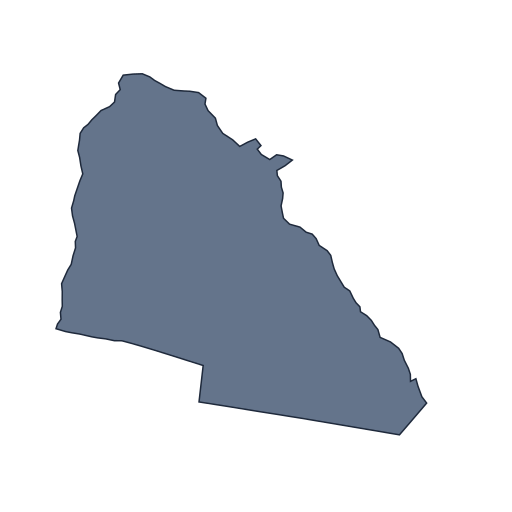 outline of Içara, Santa Catarina, Brazil, rotated 282°
{"feature_id": "56859067B6468412631318", "entity_name": "Içara", "entity_type": "district", "adm_level": 2, "iso_a3": "BRA", "parent_name": "Brazil", "parent_adm1": "Santa Catarina", "projection": "natural_earth1", "projection_center": [-49.261, -28.768], "detail": "fine", "context": "isolated", "style": "filled", "palette": "slate", "viewbox_px": 512, "rotation_deg": 282, "n_neighbors": 0, "source": "geoboundaries", "source_scale": "gbopen_adm2", "svg_char_len": 1724}
<svg xmlns="http://www.w3.org/2000/svg" viewBox="0 0 512 512"><g transform="rotate(282 256 256)"><path d="M147.6,453.5L152.8,447.5L162.5,441.4L169.2,437.9L165.5,433.2L172.3,431.6L177.8,428.4L184.9,422.7L191.0,419.2L195.4,414.7L199.9,405.4L202.2,394.3L209.4,390.5L212.8,386.3L217.0,382.2L220.6,376.8L223.2,369.8L227.9,368.2L231.1,363.5L234.9,359.9L241.3,355.0L243.8,348.8L253.7,339.5L259.7,335.1L265.6,332.0L272.1,329.0L276.0,324.5L279.5,315.6L285.5,311.2L289.1,306.4L289.7,300.1L293.4,293.0L294.1,282.2L298.6,275.1L303.3,273.0L310.2,270.1L317.7,270.1L323.3,269.4L328.6,266.5L334.3,264.9L339.0,260.2L344.0,258.6L350.4,265.7L357.4,271.6L359.6,262.1L359.3,255.1L353.2,249.4L356.4,240.1L360.8,235.0L365.0,237.9L370.5,231.3L365.6,224.2L359.8,217.3L364.8,209.0L369.0,198.0L375.6,191.1L382.4,187.6L388.2,178.9L394.0,174.5L399.9,174.2L403.9,165.9L403.4,157.1L402.4,151.0L401.1,141.4L402.9,132.1L404.9,126.1L406.6,120.4L409.1,114.9L410.6,106.9L408.4,98.0L405.3,88.5L396.6,85.6L390.5,88.6L384.8,85.1L377.2,85.6L371.7,81.8L366.1,74.2L359.6,70.1L355.1,67.1L349.9,64.4L345.6,60.8L339.4,58.5L332.5,59.3L327.5,59.5L322.1,59.8L315.7,63.0L307.8,66.0L300.3,69.5L292.9,68.1L277.3,66.2L272.3,66.2L264.5,65.6L257.1,68.2L250.3,71.7L237.9,77.0L232.7,76.2L226.4,77.8L218.2,77.0L209.4,77.0L203.3,74.8L196.5,73.3L188.5,71.6L180.9,73.9L173.0,75.5L166.5,77.0L160.2,76.4L153.6,78.4L148.2,76.0L143.3,75.5L142.5,85.4L142.6,91.7L143.0,99.7L142.8,112.2L143.0,118.1L143.7,126.2L143.7,135.0L145.2,142.4L144.7,151.6L144.0,161.8L143.1,172.6L141.5,190.1L139.5,210.6L137.9,227.1L101.4,230.6L103.0,260.2L104.5,291.7L105.1,302.5L105.6,311.7L106.1,322.0L106.7,333.4L110.9,433.5L126.8,442.2L147.6,453.5Z" fill="#64748b" stroke="#1e293b" stroke-width="1.5"/></g></svg>